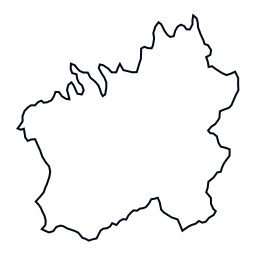 Santa Branca, São Paulo, Brazil (Equal Earth projection)
{"feature_id": "56859067B45307591425781", "entity_name": "Santa Branca", "entity_type": "district", "adm_level": 2, "iso_a3": "BRA", "parent_name": "Brazil", "parent_adm1": "São Paulo", "projection": "equal_earth", "projection_center": [-45.869, -23.418], "detail": "fine", "context": "isolated", "style": "outline", "palette": "ink", "viewbox_px": 256, "rotation_deg": 0, "n_neighbors": 0, "source": "geoboundaries", "source_scale": "gbopen_adm2", "svg_char_len": 2638}
<svg xmlns="http://www.w3.org/2000/svg" viewBox="0 0 256 256"><path d="M41.8,229.2L45.8,231.1L49.1,232.4L53.2,231.2L56.4,226.9L60.7,225.6L63.7,226.4L66.9,228.3L71.3,229.8L74.8,231.0L78.2,232.6L82.4,237.8L85.9,239.0L88.8,240.6L92.3,239.4L96.6,238.4L98.9,233.8L100.7,230.4L103.5,228.6L107.1,228.2L109.9,226.6L112.2,223.2L116.4,225.0L120.0,220.8L123.1,219.1L126.2,219.6L128.3,215.6L131.0,212.6L133.4,210.4L137.1,210.7L140.0,208.6L142.9,208.2L145.9,207.1L148.9,203.5L151.3,199.2L154.7,198.7L157.8,197.8L159.8,202.6L161.1,209.5L163.8,212.4L166.9,214.4L171.6,217.4L177.6,219.4L180.1,225.0L182.4,230.8L185.7,228.4L189.1,226.2L191.7,225.0L195.6,223.7L198.9,221.0L202.4,222.7L205.9,221.6L209.0,217.8L213.6,215.0L215.8,211.2L213.3,209.0L211.0,203.8L210.9,197.9L208.4,194.8L206.2,192.4L207.7,187.6L208.4,181.7L213.5,177.6L217.2,172.5L220.8,171.7L221.8,168.1L223.8,163.6L226.6,159.6L229.6,155.7L229.6,149.3L226.2,148.0L220.8,146.6L218.5,142.9L216.9,136.4L213.3,133.5L210.1,133.1L208.1,130.5L211.3,126.7L215.2,124.1L217.3,121.3L219.4,118.1L219.9,111.3L224.2,109.5L229.0,107.8L231.4,105.3L233.2,101.1L235.7,95.3L238.4,90.1L238.1,83.8L238.2,78.1L235.1,71.7L231.2,73.5L226.6,75.1L222.5,73.3L218.9,71.1L215.6,68.9L212.2,66.3L208.6,66.9L207.9,62.0L206.2,57.1L210.3,54.9L211.1,50.1L207.9,45.1L204.6,44.0L203.3,40.1L200.7,34.5L198.1,27.5L197.7,22.3L196.5,18.2L193.2,15.4L192.5,19.7L192.5,24.3L189.8,29.5L186.5,29.3L184.1,26.0L180.8,24.7L177.6,26.7L175.3,30.5L173.7,36.2L170.2,36.9L167.4,34.9L164.6,30.9L161.2,24.2L158.5,22.3L155.3,26.7L153.3,33.1L154.1,38.3L153.0,45.3L151.6,48.3L148.0,48.1L144.3,46.8L141.1,48.6L141.1,53.7L140.8,59.1L139.3,63.5L136.8,72.1L132.4,72.3L127.6,71.1L123.3,70.1L119.9,63.9L118.0,67.7L116.2,72.3L111.6,72.3L108.2,68.5L102.9,65.1L99.8,64.5L98.8,68.1L101.4,73.1L104.3,77.5L106.3,82.5L106.3,87.7L105.2,94.4L102.7,96.1L101.0,92.9L99.9,89.1L98.3,85.3L95.2,81.7L90.4,77.7L87.8,72.6L83.2,72.5L79.6,70.9L77.1,68.3L74.6,65.1L70.9,63.7L70.7,69.1L72.2,73.1L76.5,74.3L77.1,78.6L78.9,82.7L82.1,85.5L83.7,90.3L81.8,94.5L77.4,93.7L75.3,89.1L73.6,85.3L71.4,82.3L68.3,84.9L67.0,90.1L68.1,93.7L69.4,99.3L66.2,98.9L61.9,96.3L59.1,92.1L55.5,91.9L53.8,96.5L51.4,100.3L47.1,102.3L43.7,102.7L41.3,100.7L38.0,102.1L35.1,105.3L31.0,105.3L28.0,107.3L24.5,111.0L22.5,116.3L22.6,121.3L20.1,125.1L17.6,128.5L20.9,129.7L23.8,128.7L24.7,133.5L25.2,137.3L27.7,140.9L31.1,139.5L35.1,139.2L37.6,144.8L40.3,150.8L42.3,156.7L45.8,162.4L49.1,166.3L50.2,171.6L49.4,176.7L47.0,183.9L45.1,188.2L43.9,192.0L41.1,195.6L38.2,198.8L35.7,201.6L38.7,204.7L40.9,208.0L42.3,211.4L44.5,215.8L45.7,220.5L45.4,225.0L41.8,229.2Z" fill="none" stroke="#020617" stroke-width="2"/></svg>